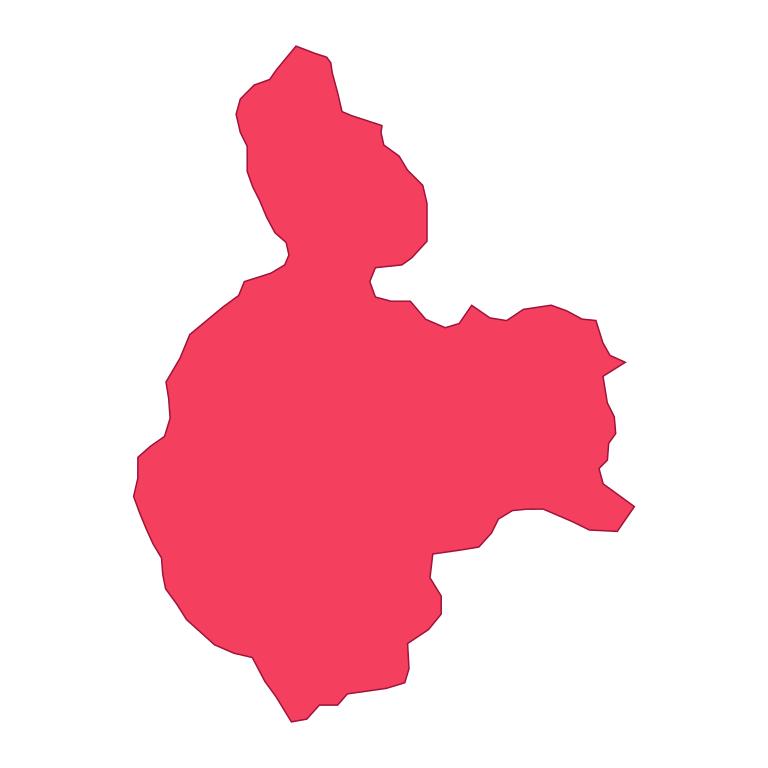 the district of Hapcheon-gun, South Gyeongsang, South Korea
{"feature_id": "91817680B92973690121395", "entity_name": "Hapcheon-gun", "entity_type": "district", "adm_level": 2, "iso_a3": "KOR", "parent_name": "South Korea", "parent_adm1": "South Gyeongsang", "projection": "albers", "projection_center": [128.156, 35.595], "detail": "fine", "context": "isolated", "style": "filled", "palette": "rose", "viewbox_px": 768, "rotation_deg": 0, "n_neighbors": 0, "source": "geoboundaries", "source_scale": "gbopen_adm2", "svg_char_len": 1514}
<svg xmlns="http://www.w3.org/2000/svg" viewBox="0 0 768 768"><path d="M382.0,125.6L351.7,115.7L342.0,111.6L337.8,93.4L332.2,72.6L330.8,62.8L326.7,57.2L314.1,53.1L296.0,46.1L276.5,69.7L269.6,79.5L254.2,85.0L240.3,99.0L236.1,114.3L240.3,132.4L247.2,146.3L247.2,171.4L252.7,186.8L259.7,200.7L266.7,217.4L275.0,232.8L286.2,242.6L288.9,255.1L284.7,264.9L270.8,273.2L244.3,281.6L238.7,295.5L223.3,306.7L189.8,334.5L180.0,358.2L166.0,382.0L168.7,398.7L170.1,418.3L164.5,436.4L150.5,446.2L137.9,457.3L137.8,478.3L133.6,496.5L136.8,505.2L139.2,511.8L146.1,528.6L153.1,544.0L161.5,558.0L162.8,574.8L165.6,588.8L176.8,604.2L186.5,619.6L214.5,644.8L234.1,653.3L252.3,657.5L264.8,681.3L276.0,696.7L291.4,721.9L306.8,719.1L319.4,705.1L337.6,705.1L347.4,693.9L386.6,688.3L404.8,682.7L409.0,668.7L407.6,643.5L428.6,629.5L441.2,614.1L441.2,596.0L430.0,577.8L432.8,554.0L462.1,549.8L478.9,547.0L491.5,533.0L498.5,519.0L512.4,510.6L526.4,509.2L543.2,509.1L572.5,521.7L589.3,530.0L617.3,531.4L634.4,506.6L624.2,499.2L603.2,483.9L599.0,468.5L607.4,460.1L608.7,443.3L615.7,433.6L614.3,416.8L607.3,402.8L603.0,376.3L625.3,362.3L610.0,355.4L602.9,342.8L595.9,320.5L582.0,319.1L566.6,310.8L551.2,305.2L523.3,309.4L506.6,320.6L489.9,317.9L471.7,305.3L459.2,323.5L445.2,327.7L425.7,319.3L410.3,301.2L390.8,301.2L375.4,297.0L369.8,281.6L375.4,267.7L401.9,264.9L411.7,257.9L427.0,241.2L427.0,225.8L427.0,203.5L422.8,185.4L407.5,170.1L399.1,156.1L383.8,145.0L381.0,132.5L382.0,125.6Z" fill="#f43f5e" stroke="#9f1239" stroke-width="1.5"/></svg>